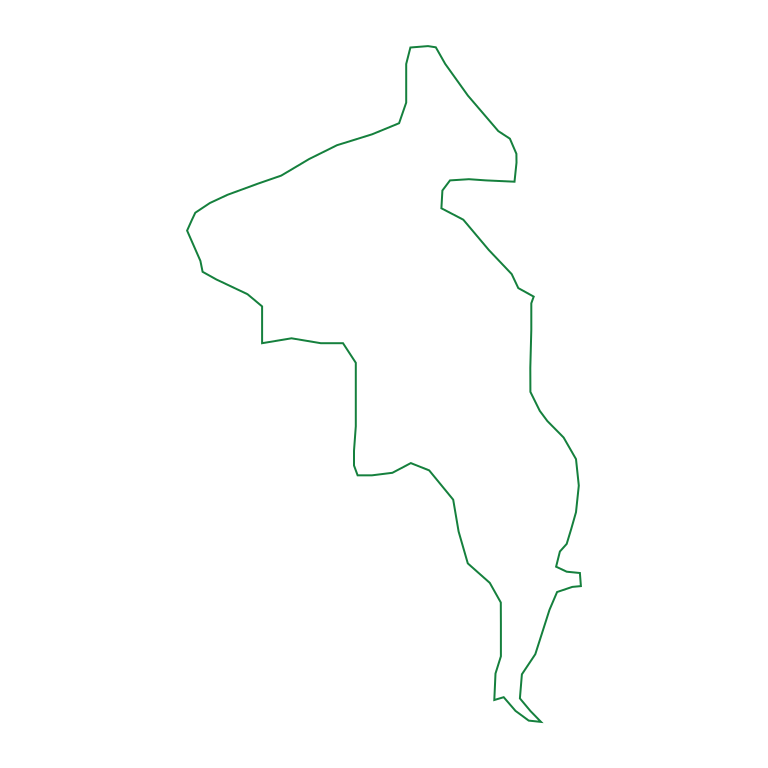 map outline of Kruševo (orthographic projection)
{"feature_id": "MKD-2942", "entity_name": "Kruševo", "entity_type": "Statistical Region", "adm_level": 1, "iso_a3": "MKD", "parent_name": "North Macedonia", "parent_adm1": "", "projection": "orthographic", "projection_center": [21.26, 41.341], "detail": "fine", "context": "isolated", "style": "outline", "palette": "green", "viewbox_px": 768, "rotation_deg": 0, "n_neighbors": 0, "source": "natural_earth", "source_scale": "10m", "svg_char_len": 1235}
<svg xmlns="http://www.w3.org/2000/svg" viewBox="0 0 768 768"><path d="M428.0,46.1L435.8,47.3L445.2,63.9L467.9,95.6L498.3,131.1L509.9,138.7L516.4,153.8L516.5,162.7L514.5,181.7L486.1,180.4L468.9,179.2L450.0,180.4L442.4,190.5L441.4,208.3L463.3,219.7L488.9,250.1L511.7,274.1L518.3,288.1L533.7,296.6L531.3,303.3L531.3,329.9L530.3,367.9L530.4,391.9L539.8,410.9L547.4,421.1L563.6,437.5L576.0,459.1L578.8,485.6L576.0,512.2L571.3,528.7L566.7,543.9L559.9,551.5L556.1,566.7L566.7,571.7L579.9,573.0L580.9,586.1L572.3,586.9L557.1,592.0L549.5,609.8L535.3,654.2L521.9,674.3L519.9,698.4L530.5,711.1L541.0,721.9L528.7,720.6L515.5,710.9L503.7,697.2L494.3,700.0L495.5,673.5L500.9,656.3L500.9,624.5L500.8,602.5L489.8,582.9L467.8,563.4L458.6,531.5L453.2,499.7L429.2,470.4L410.8,463.1L392.4,472.8L372.2,475.3L357.6,475.3L354.0,465.5L354.0,450.8L355.8,426.3L355.8,392.1L355.8,362.8L343.0,343.2L320.8,343.2L291.5,338.3L262.1,343.2L262.1,326.0L262.1,306.4L247.5,294.2L216.4,279.5L202.6,271.8L200.4,260.9L187.1,230.6L191.9,219.9L195.3,212.7L209.9,203.0L227.5,194.8L257.5,183.8L281.2,175.6L309.0,159.1L311.2,158.0L337.0,145.2L372.1,134.3L399.1,123.2L406.2,102.6L406.2,79.2L406.2,64.0L410.4,47.5L428.0,46.1Z" fill="none" stroke="#15803d" stroke-width="2"/></svg>